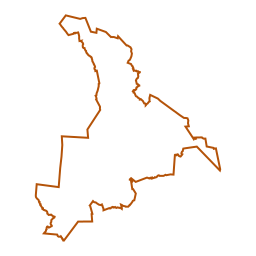 Ahualulco, San Luis Potosí, Mexico
{"feature_id": "50627088B61633980721987", "entity_name": "Ahualulco", "entity_type": "district", "adm_level": 2, "iso_a3": "MEX", "parent_name": "Mexico", "parent_adm1": "San Luis Potosí", "projection": "natural_earth1", "projection_center": [-101.253, 22.473], "detail": "fine", "context": "isolated", "style": "outline", "palette": "amber", "viewbox_px": 256, "rotation_deg": 0, "n_neighbors": 0, "source": "geoboundaries", "source_scale": "gbopen_adm2", "svg_char_len": 5538}
<svg xmlns="http://www.w3.org/2000/svg" viewBox="0 0 256 256"><path d="M160.3,100.9L157.9,98.6L150.2,94.9L149.4,98.2L149.5,98.5L149.5,101.0L149.7,101.4L148.6,102.1L147.5,103.6L146.6,104.0L145.9,105.2L145.7,105.4L145.7,104.9L145.6,104.2L145.3,103.7L145.0,103.4L144.2,103.4L143.9,102.9L142.9,101.0L140.9,99.2L140.5,99.5L139.8,99.6L139.8,99.3L140.0,99.1L139.6,98.7L138.4,97.9L138.2,97.9L137.0,96.6L136.1,96.3L135.8,96.0L134.7,93.3L134.2,92.6L133.6,92.6L133.4,91.9L132.9,91.4L133.3,91.0L133.2,90.9L133.3,90.5L133.9,90.0L134.7,90.1L134.9,90.3L135.8,89.6L135.7,89.5L135.9,89.4L136.2,89.2L136.4,87.6L136.9,87.4L136.9,87.2L137.4,86.7L137.5,86.4L137.8,86.2L138.1,86.3L138.5,85.9L139.3,85.7L139.3,85.4L138.9,85.2L138.0,84.3L136.7,83.8L136.5,82.6L135.9,80.4L136.0,80.1L136.3,79.8L136.7,78.8L137.0,78.6L137.2,78.3L137.5,78.0L137.9,77.9L138.3,76.4L138.1,75.4L138.2,75.1L137.9,73.8L138.1,73.1L138.6,72.9L138.8,73.0L139.8,72.4L139.8,72.1L139.4,72.1L138.6,71.7L138.2,71.3L136.9,71.2L136.5,70.9L136.3,71.2L135.4,70.7L133.9,70.6L133.7,70.7L133.4,69.9L133.6,70.0L133.8,69.9L133.6,69.4L133.6,69.2L133.3,67.8L133.1,67.5L132.9,67.3L132.9,67.0L132.5,66.1L132.1,66.0L131.9,65.8L131.1,64.1L127.7,62.8L128.6,60.6L129.7,60.0L130.3,58.9L131.4,56.3L131.9,53.5L131.1,51.2L131.5,49.2L130.5,47.3L127.5,45.4L126.6,45.5L118.1,36.3L117.7,38.3L113.8,37.0L112.5,37.1L111.8,36.9L111.0,37.1L105.9,32.0L96.8,28.7L96.4,32.8L90.9,31.7L85.4,17.9L82.7,18.1L80.2,18.9L65.8,15.4L59.6,23.7L60.2,24.3L61.0,25.6L62.5,27.5L62.9,27.8L63.6,28.9L66.0,31.7L67.2,33.5L68.5,35.1L73.5,33.8L73.8,33.0L74.8,32.8L74.9,33.1L75.1,33.3L75.6,32.9L76.4,32.9L78.1,32.4L78.4,33.1L79.0,35.4L79.2,36.8L79.1,38.2L79.5,41.0L80.1,40.8L80.4,41.0L81.3,40.8L81.0,41.3L81.5,41.5L81.8,41.8L83.0,43.3L83.1,43.7L83.2,44.2L82.8,44.8L82.7,45.5L82.8,46.9L82.9,47.3L83.4,47.7L83.5,48.0L84.5,48.1L84.5,48.4L84.8,49.1L85.3,50.2L85.4,50.5L86.0,50.8L86.1,51.0L86.1,51.7L86.4,52.6L86.8,52.9L86.8,53.3L87.1,53.6L87.6,53.9L87.7,54.3L87.8,54.5L88.9,55.6L89.5,55.7L90.4,56.6L90.7,56.6L91.0,56.8L91.2,57.4L91.6,57.5L91.9,58.4L91.9,59.1L92.2,59.6L92.3,60.3L92.3,60.7L92.5,61.6L93.1,62.3L93.8,64.2L94.1,64.3L94.4,65.4L94.9,66.1L95.1,67.0L94.8,67.3L94.4,68.0L94.4,68.5L94.5,69.0L95.1,69.7L95.4,70.8L95.4,71.1L96.2,71.0L96.1,70.6L96.8,70.6L99.1,82.0L99.4,83.2L99.2,83.7L98.7,83.9L98.7,86.2L97.6,90.8L96.6,93.3L96.4,95.3L95.6,95.7L96.2,97.1L96.4,97.9L96.4,98.7L96.4,98.9L96.5,99.0L96.1,99.4L99.8,106.3L100.0,106.8L100.0,107.4L99.9,108.7L100.0,109.3L100.2,109.9L87.4,129.5L88.1,137.8L61.8,136.3L62.3,145.0L61.5,156.7L60.2,168.1L58.7,187.1L36.7,184.2L35.8,195.3L35.9,196.8L36.1,197.3L36.9,198.5L37.7,199.2L38.4,199.8L38.7,200.3L39.0,201.9L39.6,202.0L39.6,203.1L40.0,203.8L40.0,204.1L40.1,204.3L40.4,204.3L40.4,204.6L40.6,204.5L40.8,205.3L41.2,206.4L42.2,207.6L42.9,208.0L43.0,208.2L43.0,208.4L42.5,208.8L42.4,208.9L43.7,209.9L44.4,210.2L44.6,210.1L45.1,210.4L45.6,210.5L46.0,210.8L46.4,210.9L46.7,211.4L47.1,211.7L47.4,212.9L47.3,213.6L48.1,214.2L48.6,214.9L49.2,214.8L50.1,214.9L50.5,214.9L50.7,214.7L51.3,214.7L52.1,215.5L52.6,215.9L53.6,216.4L54.6,216.7L54.4,217.5L53.5,218.1L52.9,218.3L52.9,218.5L51.9,219.5L51.4,220.0L51.3,220.6L51.3,221.8L50.8,222.7L50.6,223.3L50.7,224.1L51.8,225.7L51.8,226.0L51.7,226.2L50.8,226.5L49.8,227.2L48.8,227.6L48.6,227.5L48.4,227.2L47.7,226.5L47.1,226.7L46.7,227.5L46.5,228.4L46.6,229.4L46.1,229.8L45.9,230.8L45.6,231.5L45.3,231.9L44.7,232.3L43.9,233.4L57.2,234.6L57.8,236.1L58.7,236.7L60.7,236.6L60.9,236.3L61.1,236.5L61.3,237.4L62.0,237.9L62.1,238.6L62.4,239.2L62.7,239.6L63.0,239.5L63.1,239.9L63.3,240.1L63.3,240.5L63.9,240.6L78.1,221.6L92.2,221.5L91.6,214.1L92.4,213.9L90.1,205.7L89.8,205.5L93.0,201.1L93.8,202.0L94.7,202.3L95.7,202.4L97.0,203.4L99.0,204.7L101.4,205.2L101.4,204.7L101.8,204.5L101.9,205.1L102.1,205.4L102.4,205.5L103.0,207.7L103.4,208.3L103.4,208.6L103.6,209.2L103.5,209.4L103.5,210.3L109.3,208.1L109.9,208.5L110.7,208.3L111.3,207.5L112.6,206.9L113.1,207.0L113.3,207.5L113.9,207.5L114.1,207.3L114.4,207.2L114.7,207.3L114.9,207.1L115.1,207.0L115.8,207.7L116.2,207.7L116.6,207.9L117.3,207.4L118.9,207.7L119.2,207.9L119.4,207.8L121.0,207.9L121.3,208.5L121.8,208.9L121.9,208.2L121.0,204.6L121.9,205.0L122.9,205.8L125.5,206.4L125.7,206.7L128.2,206.7L128.8,206.0L129.7,205.3L129.6,205.0L129.6,204.9L130.6,204.2L132.3,201.9L132.8,200.9L133.1,200.7L133.5,200.5L133.7,200.4L134.3,200.3L135.8,193.5L133.1,189.1L132.3,189.1L131.1,181.4L132.0,181.9L132.3,181.3L131.8,181.3L131.6,180.9L130.7,180.4L130.4,179.9L130.1,179.6L129.8,179.6L129.8,179.4L131.1,178.2L135.7,181.9L147.0,177.6L149.0,178.3L149.9,178.0L149.9,178.4L150.8,178.3L151.0,177.7L152.0,177.5L152.1,178.5L152.4,178.4L153.5,178.0L154.1,177.9L154.9,177.2L155.5,177.5L156.3,177.2L156.9,176.8L157.6,175.8L158.6,175.3L158.9,175.3L159.5,175.9L163.2,175.9L163.7,175.8L165.5,174.8L166.3,175.2L170.5,174.4L173.5,174.6L174.9,154.9L175.2,154.7L175.7,154.8L175.7,155.1L176.3,155.3L177.1,154.4L177.6,154.3L178.2,154.6L178.2,155.2L178.6,155.7L179.0,156.0L180.2,156.5L180.6,156.5L181.8,155.1L182.3,154.3L181.6,154.0L181.4,153.7L181.6,152.5L181.8,152.2L182.0,151.7L182.7,151.2L183.3,148.6L185.7,148.2L196.8,146.6L219.9,170.5L220.2,169.3L215.9,148.4L213.8,148.8L213.6,147.9L206.7,146.5L205.4,138.6L204.2,138.7L203.9,138.5L203.6,138.6L202.4,138.0L201.9,137.4L196.1,137.5L195.9,138.4L195.5,138.3L195.6,138.5L195.4,138.5L195.3,138.8L194.9,138.7L195.2,137.6L194.3,137.6L194.3,138.4L193.8,139.2L185.5,126.6L188.8,126.3L188.0,123.3L188.3,120.4L187.5,118.3L186.1,118.0L183.9,117.9L179.9,115.2L160.3,100.9Z" fill="none" stroke="#b45309" stroke-width="2"/></svg>